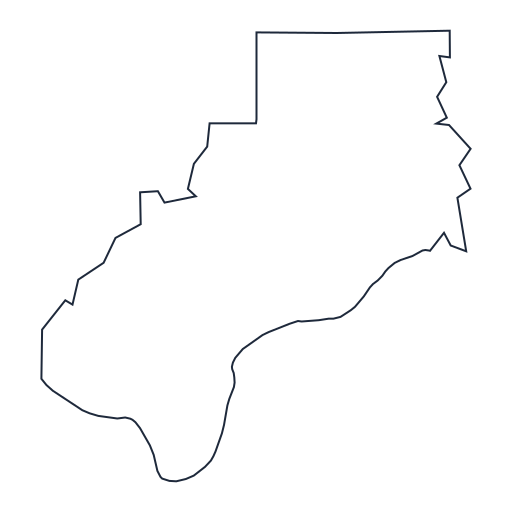 Spencer, Indiana, United States of America
{"feature_id": "52423323B86560635582080", "entity_name": "Spencer", "entity_type": "district", "adm_level": 2, "iso_a3": "USA", "parent_name": "United States of America", "parent_adm1": "Indiana", "projection": "natural_earth1", "projection_center": [-87.008, 37.994], "detail": "fine", "context": "isolated", "style": "outline", "palette": "slate", "viewbox_px": 512, "rotation_deg": 0, "n_neighbors": 0, "source": "geoboundaries", "source_scale": "gbopen_adm2", "svg_char_len": 1297}
<svg xmlns="http://www.w3.org/2000/svg" viewBox="0 0 512 512"><path d="M449.7,30.7L336.7,33.0L256.5,32.4L256.5,119.3L256.0,123.3L209.6,123.3L207.2,146.6L193.9,163.8L187.9,188.9L195.8,196.3L164.5,202.6L157.9,191.2L140.1,192.3L140.7,224.2L115.5,237.9L103.6,262.8L78.3,279.6L72.5,304.6L65.3,300.3L42.1,329.6L41.4,378.8L46.4,385.0L52.9,390.8L82.3,410.2L89.6,413.3L98.3,415.9L117.3,418.5L125.2,417.5L130.3,418.7L132.5,419.8L135.4,422.2L140.0,428.1L149.9,445.4L153.7,454.9L157.4,470.9L160.5,476.9L162.2,478.6L169.4,480.9L176.3,481.3L185.9,479.0L193.8,475.6L205.2,466.7L205.9,465.9L210.9,460.6L213.4,456.2L215.5,451.5L221.9,433.4L224.0,425.0L227.4,405.4L229.3,398.9L233.9,387.1L234.6,382.6L234.3,377.4L233.7,373.0L232.2,369.2L231.9,366.8L232.9,362.6L235.3,357.8L242.8,349.0L262.6,335.0L268.6,332.1L289.5,323.8L298.0,321.0L301.6,321.5L318.8,320.2L328.5,318.7L333.3,318.7L340.5,316.9L350.8,310.2L355.0,306.8L363.8,296.4L369.9,287.4L373.0,284.0L377.7,280.5L382.4,275.7L385.3,271.5L388.5,268.0L394.7,262.9L400.6,260.0L412.5,256.0L422.5,250.5L425.4,250.0L429.5,250.6L430.0,250.8L444.0,232.8L450.7,245.5L466.2,251.3L457.4,197.7L470.5,188.7L459.4,165.2L470.6,148.8L449.0,125.0L436.3,123.6L446.8,117.7L437.1,96.8L446.3,82.2L439.4,56.0L449.9,57.4L449.7,30.7Z" fill="none" stroke="#1e293b" stroke-width="2"/></svg>